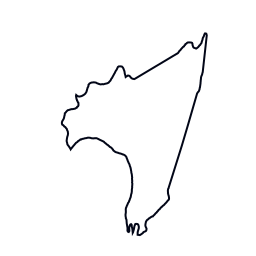 outline of Cidade De Quelimane, Zambezia, Mozambique, rotated 8°
{"feature_id": "85939544B40669081557189", "entity_name": "Cidade De Quelimane", "entity_type": "district", "adm_level": 2, "iso_a3": "MOZ", "parent_name": "Mozambique", "parent_adm1": "Zambezia", "projection": "robinson", "projection_center": [36.901, -17.867], "detail": "fine", "context": "isolated", "style": "outline", "palette": "ink", "viewbox_px": 256, "rotation_deg": 8, "n_neighbors": 0, "source": "geoboundaries", "source_scale": "gbopen_adm2", "svg_char_len": 5860}
<svg xmlns="http://www.w3.org/2000/svg" viewBox="0 0 256 256"><g transform="rotate(8 128 128)"><path d="M74.2,157.1L74.6,156.3L74.9,155.7L75.5,155.1L75.7,154.4L76.3,153.6L76.6,153.0L77.2,152.2L77.6,151.4L78.1,150.8L78.4,150.1L79.2,149.4L79.9,148.8L80.4,147.9L81.2,147.3L82.0,146.6L82.5,145.9L83.3,145.9L84.1,145.2L84.8,145.0L85.7,144.7L86.2,144.4L87.0,144.1L87.9,143.9L89.5,143.2L90.1,143.1L90.8,143.0L92.3,143.0L93.1,143.2L94.0,143.2L94.8,143.1L95.4,143.1L96.0,142.8L96.8,142.8L97.6,142.5L98.3,142.5L99.1,142.7L99.7,142.9L100.5,143.1L101.3,143.5L102.1,143.7L103.7,144.2L104.6,144.5L105.3,144.7L106.1,145.0L106.7,145.6L107.6,146.1L108.2,146.4L109.1,147.1L109.7,147.4L110.5,147.7L111.1,148.2L111.9,148.6L112.5,149.2L113.3,149.4L114.1,149.8L114.8,150.3L115.4,150.9L116.2,151.5L116.5,152.2L117.0,152.5L118.0,153.0L118.8,153.5L119.7,153.7L120.3,153.7L120.9,153.9L121.6,153.9L122.2,154.1L123.1,154.3L123.9,154.3L125.6,154.6L126.2,154.9L127.1,154.9L127.7,155.1L128.5,155.4L129.0,155.7L129.8,156.3L130.6,157.2L130.8,157.8L131.4,158.8L131.9,159.6L132.2,160.4L132.8,161.2L133.3,162.2L134.0,163.1L134.6,164.0L134.9,164.8L135.3,165.7L135.9,166.6L136.2,167.5L136.5,168.2L136.8,169.3L137.3,170.6L137.4,171.2L137.7,172.2L138.1,173.0L138.5,174.5L138.7,175.5L139.0,176.2L139.0,177.6L139.2,178.2L139.3,179.1L139.6,179.8L139.6,181.4L139.9,182.1L140.1,182.7L140.1,183.4L140.2,184.4L140.2,185.3L140.4,186.1L140.4,187.1L140.4,189.1L140.6,189.7L140.6,190.5L140.6,192.2L140.4,192.9L140.3,194.7L140.3,195.5L140.2,196.4L139.9,197.4L139.7,198.3L139.7,198.9L139.3,199.8L139.3,200.4L139.0,201.4L138.5,202.2L138.3,203.1L138.1,204.1L137.8,204.7L137.6,205.6L137.4,206.6L137.1,207.5L137.1,208.3L137.1,208.9L137.3,209.9L137.6,211.8L137.6,214.3L138.0,216.1L138.3,216.8L138.5,217.9L139.1,218.7L139.4,219.6L139.5,220.3L139.7,221.1L140.0,222.6L140.3,223.5L140.5,224.1L140.8,225.0L141.0,225.7L141.3,226.6L141.5,227.5L141.6,228.4L141.7,229.3L141.8,229.9L142.4,230.7L143.2,230.9L143.6,230.1L143.6,229.2L143.2,227.7L143.2,227.1L143.1,226.2L143.1,225.6L143.4,224.1L143.7,223.3L144.4,222.8L145.0,223.2L145.3,224.1L145.3,224.9L145.8,225.8L146.3,227.1L146.6,228.2L146.8,229.0L146.9,229.7L147.2,230.6L147.3,231.1L147.5,230.6L147.6,229.6L147.9,227.9L147.9,227.2L148.0,226.3L148.0,224.6L148.1,224.0L148.6,222.1L149.3,221.8L150.8,221.8L151.5,222.2L152.3,223.8L152.5,224.5L152.6,225.5L152.6,226.3L152.4,227.2L152.3,228.1L152.2,228.7L152.1,229.3L152.1,230.2L152.3,231.7L152.4,232.4L153.1,232.4L153.7,232.4L154.6,232.4L155.4,231.8L155.9,231.3L156.7,230.6L157.5,229.7L157.7,229.1L158.5,228.5L159.1,228.2L160.0,227.6L160.4,226.7L160.4,225.2L159.9,224.3L159.3,223.4L158.9,222.6L158.7,221.7L158.7,219.9L158.8,219.2L158.8,218.4L159.1,217.7L159.3,217.1L159.9,216.2L160.7,215.6L161.2,214.7L162.0,214.2L162.6,213.5L163.3,212.9L164.1,212.3L164.9,212.1L165.4,211.2L166.2,210.3L167.3,208.5L168.2,207.6L168.4,206.9L169.0,206.3L169.5,205.3L169.8,204.7L170.6,204.1L171.2,203.0L171.7,202.1L172.3,201.6L173.3,200.2L174.1,199.5L174.6,198.9L175.1,198.0L175.9,197.0L176.5,196.1L177.1,195.1L177.4,194.4L178.0,193.9L178.5,192.7L178.4,191.8L178.2,190.9L178.0,190.3L177.7,189.4L177.2,188.5L176.9,187.5L176.6,186.9L176.6,186.2L176.4,185.5L176.2,184.5L176.2,183.8L176.2,182.8L176.6,181.9L176.6,181.3L183.8,137.8L187.0,116.4L191.5,85.0L191.6,84.2L191.9,83.6L192.3,82.7L192.8,82.1L193.2,81.2L193.3,80.3L193.5,79.4L193.4,78.5L193.6,77.9L193.6,77.0L193.6,76.2L193.6,73.7L193.5,72.9L193.5,72.0L193.4,71.0L193.4,69.2L193.3,68.3L193.3,67.6L193.4,66.8L193.6,65.8L193.9,65.0L194.0,64.0L194.0,63.4L194.2,62.5L194.2,61.6L193.1,25.2L192.7,24.4L192.4,23.7L191.9,23.6L191.1,23.6L190.7,24.4L190.5,25.3L190.4,26.2L190.1,27.2L189.7,28.0L189.5,29.0L189.5,30.0L189.2,31.5L189.0,32.4L189.0,33.4L188.6,34.2L188.1,35.0L187.9,35.7L187.1,36.4L186.9,37.1L186.3,38.0L185.5,38.9L184.6,39.8L183.9,39.8L183.1,39.5L182.2,39.4L181.5,39.0L181.0,38.1L180.7,37.5L180.3,36.7L180.2,35.8L179.6,34.8L178.9,34.6L178.2,34.6L177.4,34.7L176.5,34.7L176.0,34.9L175.3,35.0L174.6,35.5L174.1,36.3L173.2,36.9L173.0,37.8L172.4,38.4L172.1,39.4L171.3,40.0L170.2,41.6L169.7,42.3L169.4,42.9L168.9,43.8L168.3,44.3L167.9,45.2L167.1,46.8L128.0,78.3L127.3,78.7L126.4,78.6L125.8,78.6L125.0,78.4L124.2,77.9L123.6,77.6L123.1,76.8L122.2,76.3L121.4,76.0L120.5,76.1L119.9,76.7L119.2,77.2L118.6,77.8L118.1,76.4L117.6,75.4L117.3,74.7L117.0,73.8L116.8,72.9L116.5,72.3L116.3,71.7L115.7,70.8L115.4,70.1L114.8,69.2L114.2,68.6L113.4,68.0L112.0,68.0L110.3,68.3L109.5,69.0L109.3,69.7L109.0,70.6L108.8,71.4L108.5,72.1L108.0,73.0L107.4,74.7L107.2,75.5L106.6,76.8L106.3,77.8L106.0,78.5L105.7,79.2L105.5,79.9L105.2,80.7L104.7,81.4L104.4,82.4L104.2,83.0L103.9,83.7L103.4,84.3L102.8,85.2L102.5,85.8L102.0,86.1L101.1,86.7L99.5,87.3L98.7,87.6L98.1,87.9L97.3,88.2L96.5,88.1L95.6,88.4L95.0,88.6L94.1,88.6L93.3,88.4L92.6,88.4L92.0,88.1L91.4,88.1L89.9,87.5L87.7,87.5L86.9,87.8L86.1,87.9L85.3,88.2L84.5,88.7L83.7,89.3L83.3,90.0L82.8,90.9L83.0,91.7L82.8,92.7L82.3,94.0L82.3,94.8L82.1,95.5L82.1,96.2L81.9,97.0L81.9,97.7L81.6,98.5L81.3,99.1L80.9,100.0L79.2,101.8L78.5,102.1L77.8,102.8L76.4,103.3L75.8,103.6L74.2,103.6L73.6,103.4L73.0,103.1L72.1,102.5L72.0,103.4L72.2,104.1L72.5,105.0L72.7,105.6L73.0,106.5L73.5,107.2L73.7,107.9L74.3,108.5L74.8,109.5L75.4,110.0L75.7,111.7L75.8,112.6L75.5,113.5L74.7,114.1L74.5,115.0L73.7,115.5L72.9,116.2L72.3,116.4L71.5,116.7L69.8,117.2L69.2,117.2L68.4,117.7L67.6,118.0L66.7,118.5L65.8,118.8L64.6,120.4L64.1,121.4L63.4,122.2L63.5,124.1L63.3,125.0L63.3,125.9L63.2,126.8L63.1,127.7L62.7,128.6L62.4,129.4L62.0,130.3L61.8,131.2L61.8,132.1L62.0,133.0L62.4,133.8L63.2,134.1L64.1,134.7L64.6,135.3L65.2,135.6L65.8,135.8L66.7,136.8L67.5,137.4L67.8,138.2L68.9,139.9L69.1,140.8L69.4,141.8L69.4,142.7L69.4,143.5L69.1,145.1L69.0,146.8L69.0,149.1L69.2,149.9L69.6,150.8L69.9,151.4L70.1,152.3L70.7,153.2L71.5,153.9L72.6,155.1L73.9,156.6L74.2,157.1Z" fill="none" stroke="#020617" stroke-width="2"/></g></svg>